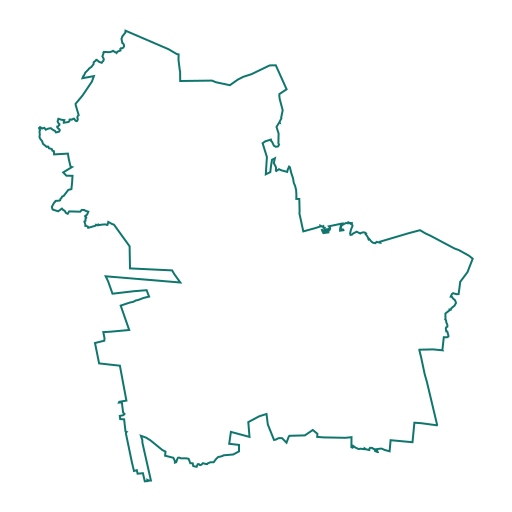 the district of Santa Cruz de Juventino Rosas, Guanajuato, Mexico
{"feature_id": "50627088B19431781026886", "entity_name": "Santa Cruz de Juventino Rosas", "entity_type": "district", "adm_level": 2, "iso_a3": "MEX", "parent_name": "Mexico", "parent_adm1": "Guanajuato", "projection": "albers", "projection_center": [-101.006, 20.683], "detail": "fine", "context": "isolated", "style": "outline", "palette": "teal", "viewbox_px": 512, "rotation_deg": 0, "n_neighbors": 0, "source": "geoboundaries", "source_scale": "gbopen_adm2", "svg_char_len": 5915}
<svg xmlns="http://www.w3.org/2000/svg" viewBox="0 0 512 512"><path d="M251.4,74.2L243.3,76.8L237.8,79.6L229.9,85.2L216.2,82.3L211.9,80.6L180.2,81.0L180.1,71.3L179.8,70.4L178.5,60.0L178.6,54.4L176.7,54.0L168.5,49.2L125.5,30.7L125.3,32.7L122.4,36.3L121.5,38.8L122.3,43.0L123.1,43.4L124.0,45.0L124.1,46.2L123.4,47.4L122.5,48.2L120.8,48.3L120.3,48.8L120.5,50.5L117.8,51.5L116.5,53.0L115.8,52.2L114.9,52.1L113.1,50.8L111.9,51.5L109.4,52.2L103.8,51.9L103.4,52.6L103.5,53.4L102.4,56.3L103.8,59.1L103.3,61.0L102.4,61.7L101.7,62.8L99.2,61.9L97.2,60.2L96.3,59.8L95.4,61.0L94.2,61.7L93.6,62.7L93.6,64.1L91.5,66.8L88.9,68.7L88.6,69.3L85.3,72.6L84.0,75.5L83.3,76.1L82.5,78.2L93.9,76.1L91.9,81.6L82.6,95.4L75.6,103.8L75.7,105.1L78.7,115.2L77.8,116.0L77.3,117.4L77.8,119.2L77.3,120.8L76.4,121.1L75.6,120.8L74.1,118.7L73.5,118.7L71.7,119.7L70.4,119.4L69.6,119.6L69.5,120.9L68.5,122.0L63.8,122.7L63.8,121.5L64.3,120.1L61.6,119.8L58.4,118.8L57.6,121.4L58.6,123.5L59.3,123.9L59.5,124.8L57.9,126.5L57.2,126.6L57.2,127.0L57.6,127.8L59.5,129.5L59.8,130.4L59.0,131.7L56.7,132.3L55.8,132.3L55.1,131.0L52.2,129.4L50.9,128.2L48.2,128.6L45.8,129.7L44.3,127.8L42.3,128.5L41.7,128.4L41.7,128.0L40.0,127.1L39.3,127.7L39.7,128.4L39.3,128.7L40.0,130.0L39.5,131.5L39.8,134.5L39.5,136.7L39.9,138.3L42.1,141.2L43.0,143.8L46.7,146.9L47.9,146.5L48.3,146.7L49.0,148.3L51.2,148.8L52.0,149.3L52.3,150.6L53.9,151.2L54.1,154.4L67.9,153.6L68.7,158.7L70.3,165.5L70.8,166.8L71.9,167.1L63.2,172.4L66.4,175.7L72.5,175.8L72.1,182.5L71.4,189.1L68.3,189.9L63.7,195.9L62.1,196.6L61.5,197.9L60.5,198.8L60.1,200.3L59.5,200.6L55.6,200.9L54.8,202.2L54.2,202.5L51.8,206.9L52.6,209.5L58.1,211.3L61.9,208.6L63.1,209.9L64.8,210.9L65.9,212.9L67.7,213.8L69.2,211.4L80.2,211.7L81.8,209.9L84.2,210.0L85.7,210.9L88.3,211.7L87.1,214.6L85.1,216.1L85.2,216.7L86.1,217.2L86.3,217.7L85.4,219.1L85.5,220.8L84.4,221.6L85.5,225.1L85.3,225.8L87.5,226.4L87.9,226.7L88.2,227.8L95.3,225.8L96.0,224.7L97.6,225.4L98.0,225.3L98.4,224.5L99.7,225.1L101.1,224.7L104.8,224.4L105.9,224.5L107.0,225.0L107.5,224.9L108.3,221.9L111.8,223.9L114.0,224.7L129.6,246.3L130.0,268.4L172.1,270.4L174.2,274.0L180.3,282.5L105.7,276.3L108.1,281.3L112.5,293.7L134.0,291.2L146.6,290.2L149.1,296.6L143.7,297.9L138.4,299.9L135.7,300.5L133.1,301.9L130.0,302.5L120.7,305.6L129.2,330.0L110.5,331.7L103.3,332.1L104.5,338.2L104.3,340.7L95.0,343.0L99.1,363.4L119.9,365.7L126.4,400.6L119.3,401.8L118.9,402.6L120.5,402.5L121.9,402.8L123.1,412.5L124.5,414.0L123.3,415.2L119.8,415.9L120.2,419.1L124.1,419.3L125.5,431.4L126.6,431.9L126.0,432.4L125.9,433.4L132.0,462.8L134.0,471.0L136.8,470.2L137.6,473.7L142.9,473.2L144.8,481.3L147.6,481.1L147.4,479.9L148.7,480.5L150.9,480.5L142.4,442.7L142.3,439.9L140.9,435.8L145.8,437.5L150.4,440.3L162.3,450.0L165.5,451.6L165.1,455.7L173.4,457.8L174.9,461.1L174.9,462.6L176.2,462.2L177.6,458.3L178.2,457.7L179.4,457.7L180.7,458.3L186.2,458.3L188.6,458.8L190.3,463.2L192.7,463.3L193.3,466.1L196.6,466.8L197.7,464.2L198.8,464.1L199.8,465.0L200.4,465.1L201.5,464.6L202.9,463.2L206.7,464.2L207.1,464.1L207.1,463.7L210.2,462.3L213.7,462.2L216.0,459.1L218.3,456.9L220.0,456.7L222.7,455.9L223.6,455.3L233.2,454.5L239.0,451.4L239.0,444.9L229.2,443.8L230.9,431.9L249.5,436.9L248.3,422.1L259.2,416.3L266.5,414.0L267.8,424.4L274.0,439.9L275.5,439.7L278.7,438.1L282.0,438.1L286.5,442.7L288.6,437.0L289.4,435.8L304.8,435.4L312.8,430.0L317.4,433.8L317.2,436.9L323.5,437.4L345.4,437.8L351.5,437.2L351.4,447.2L352.6,447.7L353.0,447.3L353.3,446.0L355.5,447.6L358.7,449.1L360.3,448.7L364.4,449.2L364.5,448.3L366.3,449.4L369.3,450.0L369.4,448.7L370.1,447.8L372.4,448.0L373.3,448.9L374.7,449.2L374.7,449.9L375.3,450.3L375.2,451.1L377.4,452.0L377.7,452.0L376.5,449.2L380.7,448.6L381.9,448.7L384.5,449.9L389.6,451.3L390.6,440.2L412.5,442.2L414.4,422.7L421.3,423.2L436.9,425.3L437.1,424.8L426.9,381.9L424.7,374.2L421.1,357.2L419.3,350.0L419.4,349.7L433.0,349.4L442.6,350.3L442.4,349.9L443.8,337.2L446.6,337.3L447.8,337.0L448.5,336.1L447.3,331.5L446.3,331.4L445.8,328.7L446.1,327.5L447.4,326.6L447.3,324.6L446.3,322.4L446.1,320.4L445.3,319.5L445.5,319.3L445.4,313.5L449.5,310.3L449.5,309.5L450.8,309.7L451.3,308.4L452.3,307.4L454.5,305.7L456.0,302.9L455.1,300.3L452.8,298.3L452.0,296.9L450.7,296.7L451.9,294.1L453.1,293.2L456.6,294.2L458.6,294.1L460.2,282.2L459.8,282.4L467.5,272.1L472.7,258.7L468.8,255.6L458.9,250.1L454.5,248.5L430.2,235.6L425.6,233.5L420.0,230.2L408.3,233.3L380.0,241.7L380.3,242.7L376.5,241.9L375.4,243.2L373.2,242.8L371.4,241.6L369.2,238.9L368.6,239.4L367.5,236.6L365.6,234.1L366.1,233.5L365.0,232.6L363.3,232.3L360.8,233.0L360.2,233.5L356.7,231.7L353.3,233.4L351.8,234.7L350.5,234.9L350.1,233.3L351.0,229.5L352.4,226.3L352.5,225.4L351.8,224.4L351.9,223.1L349.8,222.9L349.9,223.3L348.3,222.3L347.9,223.3L346.0,223.0L343.4,224.3L341.5,225.6L340.7,228.1L340.8,229.1L343.2,229.6L343.4,230.2L340.1,230.7L340.1,228.8L340.5,227.0L341.1,224.7L341.8,223.6L328.9,226.3L330.1,227.8L330.1,228.8L329.8,229.6L328.5,230.7L328.4,232.4L327.6,232.5L328.0,230.3L328.6,229.6L328.5,229.0L327.9,229.3L326.8,229.2L326.4,229.5L326.4,230.3L326.7,231.0L326.5,231.8L326.9,232.6L323.4,233.1L321.5,229.2L324.2,231.8L325.3,231.9L324.9,230.1L324.5,229.4L324.7,227.9L323.9,228.0L323.6,227.7L323.3,226.1L322.2,226.6L320.4,225.7L320.5,226.4L315.6,228.0L303.3,231.4L299.4,213.3L299.6,211.3L299.3,199.0L296.3,198.9L296.4,194.8L296.1,190.0L295.1,185.9L293.8,182.9L293.0,178.2L291.2,172.8L289.9,167.3L289.1,166.6L287.7,169.7L287.2,171.9L281.0,170.2L279.0,169.2L276.3,171.0L275.9,170.6L276.0,167.3L273.8,163.0L274.9,158.3L272.0,159.8L270.8,167.4L270.3,172.1L265.8,174.3L266.9,157.0L262.6,143.2L265.3,141.3L270.9,139.6L271.2,141.2L272.0,141.7L273.9,145.7L275.8,146.8L278.1,146.4L279.0,144.6L278.4,143.2L278.6,133.5L276.5,126.9L279.3,122.4L279.7,122.6L279.5,122.0L281.4,118.3L281.2,117.5L282.7,110.3L279.7,99.0L279.3,95.7L279.4,94.0L286.6,89.3L275.8,65.3L269.7,65.4L251.4,74.2Z" fill="none" stroke="#0f766e" stroke-width="2"/></svg>